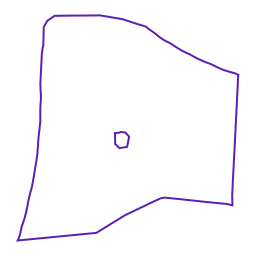 Tuban, Lahij, Yemen (Mercator projection)
{"feature_id": "15242507B16919721159288", "entity_name": "Tuban", "entity_type": "district", "adm_level": 2, "iso_a3": "YEM", "parent_name": "Yemen", "parent_adm1": "Lahij", "projection": "mercator", "projection_center": [44.806, 13.084], "detail": "fine", "context": "isolated", "style": "outline", "palette": "violet", "viewbox_px": 256, "rotation_deg": 0, "n_neighbors": 0, "source": "geoboundaries", "source_scale": "gbopen_adm2", "svg_char_len": 2414}
<svg xmlns="http://www.w3.org/2000/svg" viewBox="0 0 256 256"><path d="M232.4,205.3L232.2,194.8L232.4,191.2L232.8,181.8L233.5,168.8L235.7,125.8L238.2,75.8L238.4,74.8L237.7,74.5L234.4,73.1L230.7,72.2L227.2,71.1L223.6,70.0L220.0,68.5L216.7,67.0L213.2,65.2L209.9,63.7L206.5,62.5L202.8,61.0L199.3,59.4L195.9,57.8L192.7,56.0L189.4,54.1L186.0,52.7L182.5,51.0L179.2,49.0L175.9,47.0L173.0,45.0L169.7,43.0L166.4,41.4L163.0,39.5L159.7,37.3L156.8,34.8L153.8,32.5L150.6,30.3L147.7,28.2L146.1,26.7L138.2,24.3L122.2,19.1L100.1,15.4L75.2,15.6L72.2,15.6L63.6,15.7L56.7,15.8L54.6,15.8L47.3,20.8L47.1,21.2L43.7,27.1L43.7,30.0L43.3,45.5L42.6,47.9L41.8,54.5L40.8,75.2L40.3,84.9L40.5,85.4L40.5,86.6L40.5,87.8L40.5,89.0L40.6,90.5L40.7,91.8L40.8,93.0L40.9,94.5L40.9,95.7L40.9,96.9L40.9,98.3L40.9,99.5L40.8,100.8L40.7,102.2L40.6,103.5L40.5,105.0L40.4,106.3L40.4,107.5L40.3,108.7L40.3,110.2L40.3,110.6L40.3,111.7L40.3,113.0L40.3,114.4L40.3,115.7L40.3,117.3L40.3,118.7L40.3,120.2L40.3,121.7L40.1,123.3L40.0,124.4L39.8,125.8L39.7,127.1L39.6,128.3L39.5,129.5L39.3,130.9L39.1,132.4L38.9,133.6L38.8,135.3L38.6,136.5L38.5,137.7L38.4,139.1L38.3,140.3L38.1,141.7L38.1,143.1L38.1,144.3L38.0,145.6L37.9,146.9L37.8,148.3L37.7,149.7L37.5,151.1L37.5,152.3L37.4,153.5L37.2,154.8L37.0,156.1L36.8,157.3L36.7,158.6L36.5,160.2L36.3,161.3L36.1,162.7L35.8,164.1L35.6,165.3L35.4,166.7L35.1,168.0L34.9,169.3L34.7,170.8L34.5,172.2L34.2,173.8L34.1,174.9L33.9,176.2L33.7,177.4L33.4,178.9L33.1,180.2L32.9,181.5L32.7,182.8L32.4,184.1L32.2,185.4L32.0,186.5L31.6,187.9L31.3,189.0L31.0,190.3L30.6,191.5L30.2,192.9L29.9,194.3L29.6,195.5L29.3,196.7L29.0,198.0L28.7,199.3L28.4,200.5L28.1,201.8L27.9,203.2L27.7,204.5L27.5,205.7L27.3,206.9L26.9,208.4L26.7,209.5L26.6,209.8L26.3,211.2L26.1,212.3L25.8,213.5L25.4,214.8L25.1,216.1L24.8,217.4L24.5,218.5L24.1,219.7L23.7,220.9L23.2,222.2L22.8,223.4L22.4,224.6L22.0,225.8L21.6,227.0L21.3,228.4L21.0,229.7L20.7,231.0L20.5,232.4L20.2,233.5L19.8,234.8L19.5,236.0L19.1,237.1L18.7,238.3L18.2,239.4L17.6,240.5L88.8,233.6L96.3,232.9L124.7,215.4L131.3,212.2L132.1,211.8L153.7,201.5L156.2,200.3L156.3,200.3L159.4,198.9L161.2,198.1L162.6,197.9L164.9,197.6L180.4,199.2L183.2,199.5L194.5,200.7L197.3,201.0L205.5,201.9L217.8,203.1L226.3,203.9L229.8,204.7L230.5,204.9L232.4,205.3ZM115.2,144.0L115.0,133.0L119.1,132.7L120.6,132.0L125.4,132.5L129.1,136.6L127.1,146.9L119.4,148.1L115.2,144.0Z" fill="none" stroke="#5b21b6" stroke-width="2"/></svg>